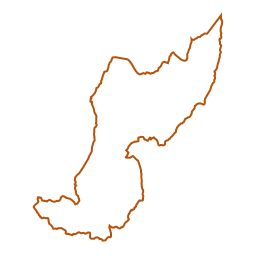 Paute, Azuay, Ecuador (Equal Earth projection)
{"feature_id": "8360857B51005001809557", "entity_name": "Paute", "entity_type": "district", "adm_level": 2, "iso_a3": "ECU", "parent_name": "Ecuador", "parent_adm1": "Azuay", "projection": "equal_earth", "projection_center": [-78.747, -2.747], "detail": "fine", "context": "isolated", "style": "outline", "palette": "amber", "viewbox_px": 256, "rotation_deg": 0, "n_neighbors": 0, "source": "geoboundaries", "source_scale": "gbopen_adm2", "svg_char_len": 5795}
<svg xmlns="http://www.w3.org/2000/svg" viewBox="0 0 256 256"><path d="M33.8,206.5L33.8,207.1L34.7,208.6L36.4,210.7L37.0,212.3L38.3,213.5L38.5,214.1L38.9,214.7L39.0,215.3L39.8,215.8L40.2,216.9L40.9,217.0L41.4,218.0L42.6,218.3L43.9,217.6L45.7,218.3L47.6,218.0L47.9,218.1L48.4,218.9L48.7,221.8L49.3,223.8L50.8,224.9L52.2,226.6L53.4,228.8L55.8,228.6L56.6,228.7L56.9,229.0L58.3,228.2L61.3,228.1L65.5,230.5L65.8,231.4L65.7,233.3L66.7,234.0L67.8,233.7L72.3,235.2L73.4,233.9L73.9,233.9L74.8,234.3L75.4,234.1L78.6,232.3L79.4,232.4L81.2,233.3L83.4,232.8L85.2,233.7L85.8,233.6L87.6,232.6L89.3,232.5L89.7,232.6L89.9,232.9L90.2,234.1L90.0,236.8L90.1,237.6L91.1,238.6L93.9,238.8L95.5,237.6L97.4,237.4L98.7,237.9L99.6,239.1L100.7,239.0L101.4,239.2L102.0,239.6L102.6,240.6L103.1,240.6L105.4,240.3L106.1,239.6L107.0,238.2L107.7,237.5L109.2,237.0L110.3,237.2L110.8,236.8L111.0,236.4L111.0,233.2L109.4,227.5L109.4,226.7L109.6,225.7L110.4,226.5L112.3,227.6L114.2,227.5L115.5,226.7L116.1,226.9L116.7,226.8L118.2,227.9L119.3,228.4L119.9,228.4L120.7,228.0L121.4,227.1L122.2,227.3L123.1,226.6L124.3,224.8L124.7,223.6L125.4,222.6L127.2,221.3L128.7,219.7L128.9,219.3L128.5,218.9L128.2,217.9L128.2,217.4L128.0,216.8L128.1,215.8L128.7,214.7L128.8,213.7L129.1,213.4L129.5,213.3L129.8,212.3L131.0,210.3L131.3,210.1L131.6,210.5L132.0,210.4L132.6,209.6L133.5,209.5L134.1,209.1L134.5,208.2L134.5,207.5L135.1,207.4L135.5,206.8L136.0,206.5L136.2,205.2L136.4,204.6L137.0,204.1L137.8,202.6L139.4,200.5L140.7,200.7L141.3,200.4L142.4,200.6L142.7,200.4L143.0,199.7L143.0,198.1L143.3,196.4L143.2,195.6L142.6,194.7L142.7,193.3L143.1,191.9L143.1,190.0L142.2,188.8L142.0,187.0L141.7,186.4L141.7,184.3L141.5,183.6L141.8,181.2L141.3,176.4L141.5,173.7L141.0,172.8L141.1,170.7L140.1,166.8L138.1,160.8L136.1,159.2L132.9,156.0L132.4,156.2L130.2,157.7L126.1,157.6L125.8,157.3L127.0,156.0L128.4,152.6L126.2,150.3L127.7,148.8L128.7,146.5L131.3,143.2L134.9,141.7L138.3,141.3L138.4,141.2L138.5,140.6L138.2,138.3L138.3,137.8L138.6,137.5L139.2,137.5L141.2,136.8L143.1,137.0L143.7,137.6L144.2,139.1L144.6,139.5L145.5,139.5L147.0,140.5L147.8,140.8L149.9,137.7L150.4,137.9L150.5,138.3L150.5,138.8L150.8,139.4L151.1,139.4L151.3,138.7L151.5,138.5L153.9,137.4L154.1,137.5L154.5,138.5L155.6,138.9L156.1,139.5L156.6,139.8L157.7,141.9L158.3,144.5L158.8,145.2L159.4,145.5L161.0,144.9L163.1,145.4L164.4,145.0L164.9,144.4L165.1,143.6L165.1,141.9L165.5,141.2L166.2,140.7L167.9,140.2L168.4,139.9L169.1,138.9L170.1,138.5L170.8,137.3L172.3,136.0L174.8,132.8L175.7,132.2L176.0,131.7L176.1,129.9L177.2,127.3L178.3,126.1L178.6,125.3L179.6,124.8L180.8,123.5L182.2,123.4L182.9,122.6L184.0,121.8L184.7,120.0L185.4,118.8L186.7,118.3L188.0,117.4L189.4,117.1L190.3,116.2L191.7,113.5L191.9,111.5L194.5,108.4L194.9,105.9L195.1,105.7L196.2,105.2L197.0,104.1L198.9,103.4L200.1,103.4L201.5,103.7L203.4,104.6L204.0,104.5L204.5,104.1L204.8,102.9L204.7,100.1L205.0,98.9L210.4,89.7L211.1,86.7L213.0,82.9L213.9,82.4L214.2,81.9L214.4,81.4L214.2,80.1L215.0,78.6L215.1,78.0L215.0,76.9L214.4,75.8L214.6,75.3L215.0,74.8L215.2,73.9L215.2,73.2L214.5,71.9L214.5,71.3L214.7,71.0L215.5,70.6L217.1,67.9L217.2,66.7L217.9,63.5L218.6,61.8L219.1,59.3L219.8,57.1L219.8,55.1L220.9,51.9L220.1,50.8L220.0,49.8L221.2,45.6L221.2,45.3L220.5,44.9L220.0,43.9L220.0,41.9L219.7,41.3L219.5,39.3L219.7,38.8L220.4,38.9L221.1,38.1L221.2,37.7L221.3,36.6L221.0,35.3L221.3,33.0L220.7,31.6L220.6,29.7L220.9,27.4L221.8,24.5L222.2,22.8L222.1,20.6L221.2,19.4L221.0,18.6L221.0,15.4L207.2,33.6L206.6,33.7L205.0,33.5L204.3,33.7L202.1,35.2L201.3,35.5L200.2,36.8L197.9,37.2L196.6,38.3L195.3,38.8L194.0,39.8L193.4,39.9L192.4,39.5L191.7,39.6L191.5,39.3L191.6,41.4L191.5,42.2L190.4,44.8L189.9,48.0L188.8,50.0L188.2,52.2L187.3,54.0L187.3,58.1L186.8,59.0L186.8,59.7L186.0,60.4L184.7,60.7L184.1,60.7L183.0,60.4L181.1,59.5L175.2,54.7L173.5,52.5L172.6,52.6L171.5,53.7L170.9,54.6L170.8,55.5L169.7,56.4L169.4,57.2L169.4,58.0L168.6,61.1L168.1,62.0L167.9,63.1L164.2,61.8L163.5,62.0L162.0,63.4L161.1,65.7L160.2,66.9L158.8,67.9L157.9,70.7L155.1,71.6L153.2,73.1L152.1,73.0L150.6,73.7L150.0,73.3L149.4,73.3L148.9,72.7L148.1,72.8L146.9,72.3L146.6,72.4L145.5,73.8L143.2,73.1L141.3,74.0L139.6,74.4L137.6,73.1L136.0,71.3L134.2,68.5L131.7,64.0L129.5,61.1L128.7,60.2L127.6,59.4L115.7,57.2L112.6,57.5L111.7,59.4L111.2,61.1L109.5,62.9L109.3,64.2L108.7,64.9L108.3,68.1L107.8,69.1L107.7,70.0L107.1,71.0L105.4,71.6L104.5,71.7L104.2,72.0L104.0,72.9L103.0,75.3L101.7,79.9L101.1,81.1L101.3,82.5L101.0,83.4L100.0,83.8L99.6,84.4L98.5,86.5L98.0,87.3L96.4,88.1L95.9,90.8L94.6,93.4L92.1,96.3L90.9,97.1L91.0,97.7L91.3,98.2L91.2,98.6L90.5,99.2L90.6,100.0L90.4,101.5L90.6,101.7L91.8,101.7L92.0,101.9L92.1,102.4L91.8,103.0L92.1,103.9L91.9,104.1L91.8,104.8L92.1,104.2L92.4,105.4L93.7,108.5L94.5,112.4L96.1,115.3L96.4,116.2L96.2,119.0L96.3,121.9L95.9,123.3L96.5,124.3L96.7,125.1L95.8,126.8L94.7,127.6L94.3,129.3L94.2,130.2L94.4,131.2L94.0,134.2L94.4,136.8L94.6,140.6L93.6,141.9L92.7,144.8L91.9,148.0L91.8,151.0L91.2,152.7L89.5,155.5L88.2,158.8L83.0,167.6L79.3,173.2L77.3,174.9L75.4,177.1L75.1,177.9L74.9,179.0L74.8,180.1L74.9,180.6L75.7,182.0L75.4,182.6L75.5,183.3L75.3,183.7L75.3,184.3L75.7,185.0L75.1,184.9L75.4,185.5L75.5,186.0L74.9,188.2L75.9,191.2L76.3,194.4L78.1,196.0L78.5,197.8L79.0,198.9L79.3,200.9L78.4,202.0L77.8,203.2L77.0,203.8L75.5,204.0L75.3,204.2L74.1,202.1L72.1,200.3L70.1,198.8L66.4,197.9L63.8,196.3L62.6,196.2L61.7,196.6L60.7,197.9L60.7,198.7L60.0,200.0L59.4,200.6L58.7,200.9L58.1,200.7L57.3,201.0L56.5,200.9L55.6,201.6L54.1,201.7L52.1,201.3L50.5,200.2L49.3,199.9L48.3,200.4L47.0,201.4L46.5,201.0L45.7,201.2L44.8,201.1L44.2,200.7L43.1,200.8L42.0,200.3L41.1,197.9L40.2,197.5L39.5,197.7L39.1,197.3L38.0,197.2L37.9,197.3L37.6,198.9L38.0,200.6L38.4,201.5L38.3,202.1L36.8,203.6L35.4,204.6L33.8,206.5Z" fill="none" stroke="#b45309" stroke-width="2"/></svg>